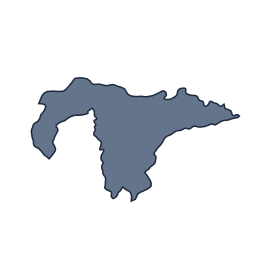 outline of Chhimung, Pemagatsel, Bhutan, rotated 30°
{"feature_id": "84629894B81792888214428", "entity_name": "Chhimung", "entity_type": "district", "adm_level": 2, "iso_a3": "BTN", "parent_name": "Bhutan", "parent_adm1": "Pemagatsel", "projection": "natural_earth1", "projection_center": [91.294, 27.039], "detail": "fine", "context": "isolated", "style": "filled", "palette": "slate", "viewbox_px": 256, "rotation_deg": 30, "n_neighbors": 0, "source": "geoboundaries", "source_scale": "gbopen_adm2", "svg_char_len": 5545}
<svg xmlns="http://www.w3.org/2000/svg" viewBox="0 0 256 256"><g transform="rotate(30 128 128)"><path d="M218.5,62.0L217.3,61.7L216.6,61.6L215.5,62.2L214.6,62.8L214.4,63.5L214.0,64.2L213.4,64.6L212.8,64.6L212.1,64.5L211.6,64.3L210.9,63.8L209.8,62.6L208.5,61.8L207.6,61.8L206.4,61.8L204.9,62.1L203.7,62.4L202.8,62.7L202.1,62.5L201.3,61.7L200.7,60.9L199.9,60.0L199.2,59.4L198.8,60.5L197.8,62.4L197.3,62.8L196.6,63.1L195.7,63.1L194.5,62.6L193.4,62.5L191.7,62.6L190.4,63.3L188.5,63.2L187.0,63.3L185.9,63.8L185.6,64.8L185.8,66.4L185.8,67.5L185.4,69.1L184.8,70.1L183.8,70.5L182.8,70.5L182.2,70.2L181.4,69.1L180.6,68.2L179.5,67.6L178.7,67.6L177.8,68.0L176.9,68.2L176.2,68.2L174.8,67.9L173.5,66.9L172.7,66.2L171.6,66.0L170.2,66.2L168.7,66.8L167.9,67.4L167.4,67.6L165.6,68.3L163.9,68.7L162.8,68.9L160.8,68.9L160.1,68.2L159.5,67.0L159.0,66.1L158.1,65.2L157.0,65.2L155.1,66.4L154.0,67.3L153.1,68.3L152.6,70.2L152.7,71.8L153.2,72.8L153.7,74.2L153.7,75.3L153.4,76.6L152.6,78.2L151.7,79.9L150.8,81.2L149.5,82.5L148.0,83.6L146.0,84.5L144.4,84.2L144.2,83.2L144.8,81.9L144.8,81.0L144.8,80.2L143.3,78.5L142.2,78.0L140.3,78.0L139.4,78.6L138.8,79.4L138.5,79.8L137.4,81.8L135.1,85.0L134.2,86.3L133.0,87.8L132.0,88.7L130.7,89.8L130.0,90.4L128.1,91.9L126.6,92.7L125.8,93.0L123.8,93.8L119.4,96.7L115.0,98.6L111.5,99.0L108.6,97.6L105.4,95.8L104.1,95.9L101.9,96.1L98.0,97.1L94.8,97.4L92.9,98.1L90.6,100.0L88.1,102.3L85.1,103.1L80.7,104.6L77.5,106.8L75.4,107.8L72.1,106.7L71.8,106.3L68.2,105.9L66.0,106.5L62.0,108.1L58.5,110.5L57.3,111.6L57.0,113.0L56.4,118.3L55.1,125.0L53.6,128.5L49.5,131.2L45.4,133.1L39.9,136.7L38.0,139.7L37.6,141.8L37.5,143.9L38.2,149.3L38.5,151.5L41.9,149.9L42.8,149.6L43.5,149.5L44.2,149.6L44.9,149.9L45.6,150.2L46.2,150.6L46.7,154.1L46.5,157.5L45.9,160.3L46.8,163.9L46.6,167.3L45.3,169.5L44.3,172.2L45.1,175.4L45.3,177.3L46.0,179.4L47.3,180.9L48.7,182.8L50.6,184.9L53.0,187.0L53.9,188.9L55.5,190.2L56.1,190.4L57.3,190.7L60.7,190.4L64.4,191.4L66.6,192.3L68.7,193.2L72.2,193.5L75.1,194.2L76.1,188.3L76.4,184.7L75.8,182.4L74.6,181.4L73.7,180.7L72.7,179.9L70.9,179.2L69.6,177.0L69.4,174.7L68.9,171.9L68.6,165.2L67.9,164.5L66.7,163.3L65.0,162.8L64.6,161.5L65.0,160.1L65.6,158.5L66.1,157.5L67.8,155.1L68.9,154.1L69.2,153.6L69.6,153.0L69.9,152.5L70.3,151.5L71.5,148.6L72.7,146.9L73.5,145.9L74.3,144.8L74.7,144.4L75.2,144.0L76.5,143.0L79.1,141.5L81.0,140.1L82.3,139.2L83.2,138.2L84.4,137.2L85.3,136.2L85.9,135.3L85.7,134.7L85.2,134.3L84.9,133.9L85.1,133.0L85.5,132.2L85.8,131.6L86.2,130.7L86.4,130.2L86.7,129.0L87.3,129.0L88.0,129.0L88.6,129.3L89.3,129.9L90.0,130.1L90.6,130.4L90.8,131.0L91.5,131.9L92.0,132.8L92.4,133.6L93.0,134.2L93.9,134.6L95.0,134.9L96.2,135.2L96.4,136.0L96.1,136.5L95.5,137.3L95.0,138.2L95.0,138.8L95.4,139.3L95.9,139.8L96.8,140.2L97.7,140.5L98.5,141.1L98.6,141.6L98.5,142.2L98.4,143.6L98.7,144.1L99.2,144.6L100.4,145.3L100.6,145.8L100.7,146.7L100.8,147.2L100.8,148.0L100.8,148.7L101.1,149.5L101.6,150.8L102.4,151.2L103.1,151.4L103.7,151.4L104.2,151.4L105.1,151.6L105.9,151.9L107.3,152.5L108.6,152.8L110.6,153.2L111.7,153.5L112.4,154.4L112.8,155.5L113.6,158.3L113.8,159.5L114.0,160.1L114.2,160.5L114.7,160.9L115.1,160.9L115.7,160.3L116.0,159.9L116.6,159.4L117.3,158.9L118.0,159.1L118.3,159.5L118.4,160.0L118.6,162.4L118.6,163.1L118.5,164.6L119.5,167.5L120.3,168.5L121.2,169.2L122.2,169.5L123.1,169.9L123.8,170.7L124.0,171.7L124.1,172.7L124.2,173.4L124.4,174.1L124.8,175.0L125.6,176.2L127.4,177.5L128.2,178.4L128.7,179.5L129.3,180.2L130.2,180.7L131.8,181.5L132.6,181.8L133.2,182.4L133.8,182.9L134.6,184.1L135.0,185.3L135.5,186.3L136.1,187.3L136.9,188.8L137.3,190.1L137.5,191.3L138.2,191.7L139.3,192.0L139.9,192.1L140.5,192.1L141.0,192.1L141.6,192.0L142.1,192.0L142.7,191.9L143.2,191.9L143.8,191.8L144.3,191.8L144.9,191.7L145.4,191.8L145.9,192.1L146.3,192.5L146.6,193.0L146.8,193.6L146.8,194.2L147.1,194.7L147.4,195.1L147.8,195.6L148.2,196.0L148.7,196.2L149.2,196.4L149.8,196.5L150.3,196.6L151.3,195.5L152.0,193.8L152.4,191.8L152.2,190.6L151.8,189.7L152.1,187.9L152.7,186.3L152.9,185.0L152.9,183.2L152.9,181.8L157.9,182.5L159.8,182.2L161.5,182.4L162.5,182.7L163.1,183.2L163.7,183.8L164.4,184.5L165.1,185.2L165.4,185.7L166.5,187.9L167.1,189.2L167.3,189.7L168.2,188.5L170.0,186.1L169.9,184.7L169.8,183.7L169.8,182.9L169.6,181.9L169.4,181.2L169.4,180.4L170.0,179.1L170.7,177.7L172.6,175.1L173.8,173.3L175.0,171.8L175.8,170.3L176.5,168.6L177.1,167.2L176.7,166.3L176.1,164.9L175.4,164.0L174.5,163.1L173.8,162.6L173.1,162.2L172.3,161.6L171.0,161.1L169.4,160.2L167.9,159.4L167.1,159.0L166.1,158.7L164.8,158.2L164.9,157.4L165.5,155.1L166.6,153.3L166.8,151.0L167.0,150.0L167.8,148.5L168.2,147.4L168.7,146.1L168.8,144.6L168.4,143.2L167.5,140.7L166.6,139.1L166.4,138.7L165.0,138.0L163.8,138.2L163.5,137.4L163.3,136.9L163.2,136.0L163.2,135.5L163.4,134.7L163.6,132.9L163.6,130.7L164.4,127.7L164.7,125.5L164.7,124.9L164.9,123.0L164.9,120.9L164.8,119.6L164.9,118.6L165.2,117.6L165.5,116.5L165.9,115.6L166.4,114.9L167.5,113.6L168.3,112.5L169.0,111.1L170.3,108.3L171.0,107.0L171.7,106.1L172.4,105.4L173.3,104.8L174.6,103.9L175.4,103.0L176.3,101.5L177.0,100.3L178.0,99.4L178.9,99.1L180.3,98.7L181.7,98.1L182.2,97.3L182.8,95.9L183.7,94.1L184.7,93.1L185.4,92.7L186.5,92.5L187.4,92.2L189.0,91.7L190.5,90.8L192.3,89.4L193.5,88.5L194.1,87.9L195.2,86.6L197.9,83.3L198.8,82.5L200.0,82.1L201.3,82.1L202.2,81.3L202.7,80.5L203.3,79.5L203.9,78.2L205.1,76.2L205.8,75.1L206.6,74.3L207.2,73.6L209.8,71.7L210.8,71.0L211.9,69.7L213.1,68.3L214.9,66.6L215.6,66.0L216.3,65.3L217.6,64.3L218.1,63.4L218.5,62.0Z" fill="#64748b" stroke="#1e293b" stroke-width="1.5"/></g></svg>